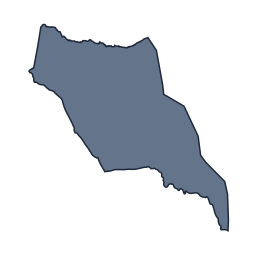 Massingir, Gaza, Mozambique, rotated 177°
{"feature_id": "85939544B66771942168992", "entity_name": "Massingir", "entity_type": "district", "adm_level": 2, "iso_a3": "MOZ", "parent_name": "Mozambique", "parent_adm1": "Gaza", "projection": "orthographic", "projection_center": [32.187, -23.787], "detail": "fine", "context": "isolated", "style": "filled", "palette": "slate", "viewbox_px": 256, "rotation_deg": 177, "n_neighbors": 0, "source": "geoboundaries", "source_scale": "gbopen_adm2", "svg_char_len": 5782}
<svg xmlns="http://www.w3.org/2000/svg" viewBox="0 0 256 256"><g transform="rotate(177 128 128)"><path d="M33.5,20.2L32.5,31.1L32.1,56.8L34.2,69.5L52.0,89.5L56.9,96.8L58.4,116.1L70.9,146.8L90.6,159.8L91.1,168.9L95.6,204.1L103.4,217.2L107.6,216.0L108.7,215.0L109.6,214.5L110.0,214.4L110.8,213.9L111.6,213.7L111.7,213.4L112.0,213.2L112.3,213.3L112.4,213.1L112.8,212.9L113.3,212.9L113.6,212.7L114.2,212.7L115.5,211.7L115.8,211.6L116.0,211.5L116.2,211.2L116.6,211.3L116.8,211.0L116.8,210.8L117.1,210.7L117.6,210.4L118.0,210.5L118.4,210.0L118.7,210.0L119.2,209.7L119.3,209.8L119.5,209.7L120.2,209.4L121.5,209.2L122.0,209.4L122.2,209.2L123.0,209.1L123.1,208.7L123.5,208.6L123.9,208.3L124.1,208.5L124.2,208.3L124.5,208.4L125.0,208.2L125.4,208.2L125.6,208.2L125.9,208.4L126.1,208.4L126.4,208.5L126.8,208.4L127.0,208.6L127.9,208.7L128.5,208.9L129.4,209.0L129.6,209.1L130.0,209.0L130.3,209.3L130.7,209.4L131.1,209.4L131.3,209.5L132.3,209.5L132.4,209.9L132.5,210.1L132.9,210.1L133.1,210.3L133.4,210.1L133.7,210.3L134.1,210.2L134.8,210.4L135.2,210.3L135.3,210.4L135.7,210.4L136.3,210.8L136.7,210.7L136.9,211.0L137.4,210.1L137.6,210.0L138.0,210.2L138.3,210.1L139.3,209.8L140.0,210.0L140.2,210.4L140.5,210.7L140.5,210.9L140.6,211.0L141.3,210.7L141.6,210.8L141.8,210.7L142.0,211.0L142.5,210.9L142.8,211.0L143.0,210.7L143.6,211.0L143.8,211.0L144.1,210.7L144.5,210.9L144.8,210.5L145.0,210.7L145.4,210.6L145.6,210.5L145.7,210.8L146.2,211.3L146.1,211.5L146.3,211.7L146.3,212.0L146.9,212.0L146.7,212.3L146.8,212.4L147.6,212.8L147.8,213.2L148.1,213.4L148.1,213.8L148.5,214.0L149.2,214.2L149.4,214.2L149.6,214.0L149.8,214.0L150.4,214.4L151.0,214.6L151.3,215.1L151.4,215.4L151.7,215.5L152.1,214.9L152.3,214.0L152.6,213.7L152.8,213.7L152.9,213.9L153.2,213.6L153.4,213.6L153.6,213.9L154.0,213.9L155.0,214.2L155.5,214.1L156.0,214.3L157.6,215.3L158.5,216.1L159.8,216.9L160.1,217.6L160.8,217.8L161.4,218.2L161.9,218.0L162.2,217.5L162.5,217.4L162.7,217.1L163.5,216.7L164.8,216.9L165.3,217.3L166.0,217.4L166.4,217.5L167.1,217.4L167.8,217.6L168.4,217.6L169.0,217.1L169.1,216.7L169.9,216.3L170.4,216.4L170.5,216.0L170.8,215.8L171.6,216.3L172.8,216.0L174.0,216.7L175.5,216.7L176.0,216.9L176.3,217.3L176.7,217.3L176.9,217.6L177.1,217.7L178.6,217.8L179.5,217.6L179.9,217.8L180.5,218.4L181.3,218.6L181.4,218.8L181.7,218.9L181.9,218.9L182.0,218.3L182.5,218.2L183.1,218.6L183.6,219.3L184.1,219.4L184.4,219.8L185.2,220.3L185.7,221.4L186.4,222.0L187.1,222.9L187.5,223.0L188.8,222.4L189.1,223.3L189.4,223.8L189.4,224.1L189.6,224.5L189.7,225.0L190.3,225.7L190.5,227.1L190.7,227.5L191.6,227.9L192.3,227.8L192.7,227.9L192.9,228.5L193.4,229.0L193.6,229.6L194.2,230.0L194.5,230.7L194.7,231.0L195.2,231.9L195.5,232.1L195.6,232.3L195.8,232.4L196.7,232.3L197.0,232.4L197.3,232.7L197.5,232.8L198.5,232.7L198.9,233.0L199.2,232.9L199.3,232.8L199.8,232.8L200.1,232.9L200.4,232.7L200.9,232.7L201.6,233.1L202.3,233.2L203.2,233.6L203.7,233.6L204.2,233.4L204.6,234.0L205.0,235.1L205.4,235.5L205.9,235.7L207.1,235.8L207.6,235.6L208.1,235.2L208.5,234.4L209.2,233.8L209.5,233.3L209.8,233.3L211.5,225.2L213.9,214.2L219.0,193.0L219.3,192.5L219.8,192.3L220.0,192.3L220.3,192.6L220.6,192.5L221.1,192.0L221.3,191.8L221.9,191.7L223.0,191.0L223.6,190.4L223.9,190.0L223.7,189.8L223.3,188.9L223.0,188.4L221.7,188.0L221.3,187.7L220.9,187.2L220.4,185.8L220.4,184.8L219.5,182.5L219.4,181.6L219.7,180.8L219.6,180.7L219.2,179.7L219.4,179.1L219.4,178.9L219.2,178.7L218.8,178.6L217.3,178.5L216.9,178.3L216.4,178.0L214.7,176.6L213.8,176.1L212.5,175.8L210.9,175.7L210.5,175.6L209.5,175.1L208.3,173.9L207.3,172.6L206.0,171.6L205.0,170.4L203.5,169.7L201.9,169.3L201.1,168.8L200.3,168.6L199.1,166.9L197.7,165.4L196.8,164.5L196.3,164.0L195.7,163.5L194.9,162.6L194.1,162.0L192.9,160.6L192.4,159.5L191.9,157.9L191.3,154.9L191.0,154.1L190.8,152.9L190.1,150.6L188.1,145.8L185.9,141.1L185.5,140.3L184.7,138.2L183.8,136.4L182.8,133.6L181.7,131.3L181.7,130.9L181.7,130.1L181.8,129.6L181.9,128.8L181.8,128.2L181.3,126.3L180.7,126.0L179.2,125.4L178.8,125.0L177.6,123.1L176.7,122.0L176.0,121.3L175.0,119.9L172.9,116.4L171.5,113.7L168.9,109.9L167.2,106.8L166.2,105.4L165.4,103.5L164.8,102.7L164.3,102.2L162.6,100.8L160.8,99.8L160.3,99.7L159.9,99.9L159.4,99.8L159.0,97.5L157.9,94.5L155.9,90.4L154.3,87.6L153.6,86.0L153.5,85.6L148.8,85.9L147.7,86.1L145.6,86.5L144.2,87.0L143.5,87.1L139.5,87.0L134.3,86.6L130.9,86.8L128.3,86.8L126.4,86.5L122.7,86.4L113.4,88.0L112.0,88.0L111.5,87.8L111.0,88.1L109.9,88.2L109.3,88.1L108.7,87.8L108.0,87.2L107.0,86.1L105.0,86.1L104.2,86.4L103.5,86.3L102.7,85.6L102.0,85.2L100.8,84.8L99.5,83.3L99.1,82.7L97.7,81.9L97.0,81.3L96.8,80.8L96.7,80.2L96.9,78.2L96.8,77.7L96.3,77.1L95.5,76.7L95.4,76.5L95.2,76.1L95.4,74.6L95.6,74.1L95.6,73.4L95.2,72.9L94.9,71.8L94.9,71.5L95.2,70.5L95.2,69.4L95.0,68.8L94.7,68.1L94.2,67.5L93.6,67.0L92.5,67.0L91.9,67.2L91.3,67.7L91.0,68.4L90.5,69.1L89.2,70.1L88.8,70.1L88.5,70.0L87.7,69.6L87.1,69.8L86.9,69.8L86.4,69.6L85.9,68.9L85.5,68.2L85.4,67.5L85.1,66.8L84.6,66.1L84.2,65.6L82.7,65.0L81.8,64.4L81.6,64.2L81.3,63.4L80.8,63.0L80.3,63.1L80.0,63.3L79.7,63.5L79.5,63.9L79.2,64.3L78.8,64.7L77.6,64.2L77.2,63.8L76.4,63.0L76.2,62.6L75.8,60.3L75.4,59.7L74.9,59.3L74.4,59.4L74.1,59.7L74.1,60.0L74.2,60.8L74.1,61.5L74.0,61.9L73.7,62.0L73.4,61.9L72.8,61.5L72.6,61.0L70.6,59.9L69.7,59.6L68.8,59.4L68.0,59.4L65.6,59.6L63.2,59.7L61.9,59.3L61.6,59.2L60.4,57.7L59.7,56.8L59.2,56.3L58.1,55.7L57.3,55.3L55.1,54.7L54.2,54.5L53.8,54.6L53.1,55.3L52.6,55.1L51.7,53.8L51.5,53.3L50.1,48.1L49.8,47.8L49.6,47.7L48.3,47.6L47.6,46.6L47.2,45.5L46.9,44.1L46.2,41.5L45.8,38.9L45.3,37.6L44.6,35.8L44.0,34.7L43.7,34.1L43.1,33.4L42.6,32.6L42.7,31.5L42.6,29.8L42.2,27.6L41.7,26.4L40.9,25.7L40.4,25.1L40.4,23.8L40.8,22.6L40.7,22.1L40.5,21.7L39.9,21.5L37.4,21.5L35.1,21.1L34.2,20.8L33.5,20.2Z" fill="#64748b" stroke="#1e293b" stroke-width="1.5"/></g></svg>